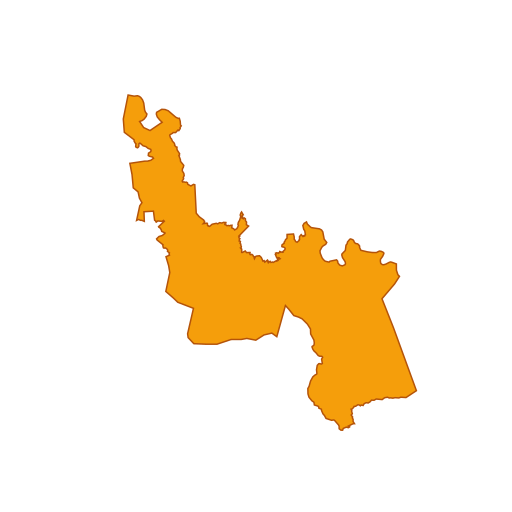 outline of Igualapa, Guerrero, Mexico, rotated 141°
{"feature_id": "50627088B45724771957529", "entity_name": "Igualapa", "entity_type": "district", "adm_level": 2, "iso_a3": "MEX", "parent_name": "Mexico", "parent_adm1": "Guerrero", "projection": "natural_earth1", "projection_center": [-98.499, 16.781], "detail": "fine", "context": "isolated", "style": "filled", "palette": "amber", "viewbox_px": 512, "rotation_deg": 141, "n_neighbors": 0, "source": "geoboundaries", "source_scale": "gbopen_adm2", "svg_char_len": 6111}
<svg xmlns="http://www.w3.org/2000/svg" viewBox="0 0 512 512"><g transform="rotate(141 256 256)"><path d="M254.1,461.6L272.9,446.0L280.5,435.0L277.6,423.1L278.5,421.8L278.9,418.9L278.7,418.7L280.7,416.7L280.7,415.8L279.9,414.6L278.7,414.7L278.1,414.9L276.2,417.0L275.3,416.9L275.0,416.3L274.4,412.7L272.7,410.3L272.1,407.5L270.7,405.1L271.1,404.1L272.2,403.3L274.8,403.6L276.5,401.9L276.1,400.6L274.1,398.0L274.2,396.4L277.5,396.6L280.6,398.0L282.7,399.7L295.7,407.4L301.1,397.3L308.5,386.2L307.3,380.0L310.2,374.3L311.1,369.2L314.7,368.2L326.4,358.8L324.8,358.5L324.1,358.1L323.4,356.5L322.3,355.6L321.0,353.2L315.2,360.9L307.5,355.4L312.3,347.6L311.9,346.3L312.3,345.6L312.2,345.1L310.2,345.0L307.3,342.1L305.5,341.9L305.4,340.7L313.3,340.1L313.4,339.5L312.9,338.2L313.1,336.2L313.8,334.4L312.2,331.3L312.5,330.9L315.9,330.9L319.1,332.2L322.5,331.9L322.8,330.7L321.2,323.2L321.8,322.8L322.8,320.8L322.6,320.1L321.2,319.1L320.8,317.4L320.9,316.1L321.9,315.3L321.3,312.9L322.2,312.4L322.7,311.1L326.4,312.1L330.0,303.4L333.4,297.4L348.4,285.2L346.7,275.6L345.9,269.2L337.5,254.7L358.1,238.6L360.1,235.3L359.5,227.0L350.1,218.7L341.8,212.0L327.9,206.8L320.1,200.5L315.0,197.7L309.1,190.7L299.4,189.6L292.2,186.1L290.6,180.2L264.3,199.0L264.0,194.1L264.1,185.9L261.4,181.8L259.7,178.1L258.9,170.7L259.6,165.0L262.6,161.0L263.9,154.2L265.3,151.9L266.7,150.5L267.6,150.2L269.3,150.4L269.7,150.1L270.5,147.7L270.7,145.6L270.3,143.2L270.3,139.5L269.7,138.2L268.0,136.7L267.8,135.9L268.0,135.3L269.9,134.6L272.1,130.7L273.4,131.0L274.1,132.2L275.0,132.8L277.2,132.5L280.6,129.5L282.5,126.5L283.2,126.0L285.3,126.4L287.9,126.3L292.3,124.5L296.8,121.3L299.1,120.4L302.4,116.1L303.7,112.9L303.7,108.3L303.0,105.9L304.4,103.5L302.4,100.5L302.2,99.5L302.9,98.1L301.6,95.8L302.3,94.7L303.3,91.2L303.2,88.9L303.8,85.7L300.7,80.8L298.7,79.6L298.4,78.8L298.2,72.7L298.5,71.5L300.1,69.4L299.6,67.2L298.3,66.1L296.7,67.1L293.6,66.2L292.2,64.4L290.8,64.3L291.2,65.7L286.3,64.6L285.0,63.7L284.7,66.3L283.3,68.0L283.0,69.6L282.2,70.1L282.1,72.5L280.4,72.8L279.5,75.0L278.9,75.4L278.5,77.1L277.5,76.6L275.0,77.0L274.5,77.4L273.1,76.5L270.6,76.3L270.1,75.9L269.6,75.4L269.2,73.9L268.1,74.0L266.8,72.4L265.3,73.1L263.4,72.9L262.4,72.4L261.4,71.2L259.1,70.9L257.0,71.3L255.0,69.6L252.6,69.2L248.3,65.0L245.2,64.9L242.7,63.5L241.8,61.8L240.7,61.1L239.1,59.4L237.1,58.4L234.3,55.8L232.3,55.1L228.5,51.6L216.1,50.4L194.4,113.5L185.0,143.5L165.8,147.1L157.3,149.9L157.5,152.2L155.8,156.6L151.9,161.5L154.4,165.7L155.2,166.7L156.4,167.2L160.3,168.0L162.4,168.9L163.3,169.9L163.7,171.8L162.4,174.0L161.3,175.1L157.9,176.0L155.1,177.4L154.7,178.2L154.9,179.1L155.8,180.9L157.0,182.2L160.2,182.9L163.4,185.5L166.8,189.1L170.9,194.4L170.2,197.3L169.2,198.6L169.3,199.7L169.1,200.1L169.4,201.5L170.8,203.2L170.9,205.0L170.4,206.5L170.5,207.7L171.7,209.7L172.6,210.0L176.1,209.3L177.4,208.2L179.2,207.8L183.1,204.1L187.9,203.5L188.7,202.8L189.8,200.3L190.3,195.4L191.4,193.6L192.4,193.2L195.2,194.0L196.7,196.3L196.7,199.1L195.8,200.6L195.8,202.3L201.8,205.4L203.1,205.3L205.5,208.4L205.9,210.7L205.8,213.1L204.3,217.8L203.0,219.8L199.3,221.4L197.4,221.6L194.5,221.2L192.5,222.0L192.4,226.2L188.9,232.7L188.7,235.0L189.6,237.2L195.0,243.1L195.4,244.1L196.0,248.5L195.3,250.7L198.1,251.1L200.4,250.2L202.1,246.8L202.3,244.8L204.3,241.3L206.1,241.7L206.0,241.1L207.3,241.6L207.4,244.2L210.0,243.7L211.8,241.4L212.2,241.5L212.5,241.0L215.4,240.8L216.1,242.3L215.7,243.9L215.8,244.9L214.3,246.8L213.0,249.5L218.3,253.2L220.7,250.3L222.8,250.1L224.2,249.3L225.5,249.0L226.2,248.1L228.5,248.4L229.1,248.0L229.9,247.2L229.9,246.6L229.0,245.7L228.5,244.5L228.5,243.6L229.6,242.7L232.5,242.5L232.6,242.0L233.3,242.3L234.7,244.6L235.3,244.2L235.3,243.8L236.6,244.3L237.0,244.1L237.7,245.4L239.0,245.9L239.5,244.8L240.0,245.0L241.0,241.6L240.7,241.0L239.9,240.9L239.2,240.1L239.5,239.9L239.0,238.7L239.5,238.7L241.1,240.3L241.6,238.7L242.9,239.5L243.2,239.0L244.0,239.7L246.7,240.2L246.9,240.9L248.5,241.6L248.4,243.0L250.7,243.0L250.4,244.1L249.8,244.2L249.6,245.6L253.0,245.7L252.6,247.3L253.8,247.6L252.8,251.6L253.1,254.0L255.6,255.6L256.7,255.9L258.9,254.9L258.6,255.8L257.8,256.3L258.2,257.7L257.9,258.4L258.2,259.9L259.4,260.4L259.7,260.9L259.3,261.9L258.6,262.1L258.4,262.5L261.2,264.6L261.2,266.7L264.4,267.3L264.9,267.8L263.0,270.0L263.0,271.7L262.5,271.3L262.2,272.1L261.4,272.6L261.2,273.6L260.3,274.9L260.5,275.8L259.0,277.1L259.6,278.3L259.0,278.5L258.6,279.3L257.6,279.6L257.8,280.9L257.0,281.7L256.3,281.7L256.6,282.3L242.9,283.9L243.8,286.4L242.0,288.3L242.0,290.0L240.8,291.6L241.3,293.3L242.4,292.9L243.0,294.4L241.9,295.0L241.9,295.9L240.5,296.0L240.1,296.8L239.9,296.6L239.5,299.3L240.8,298.9L242.5,297.8L243.1,296.2L246.3,294.1L248.5,293.3L250.2,291.9L250.4,290.9L251.9,290.0L253.8,289.3L256.2,289.7L256.2,291.1L257.1,293.2L255.3,295.0L256.2,295.7L257.8,296.3L258.1,297.0L259.6,297.9L259.7,299.0L260.4,299.9L260.4,300.2L259.5,300.8L258.5,300.6L258.3,301.0L260.1,302.6L261.8,303.1L263.3,304.8L265.5,305.1L266.3,306.4L267.9,307.2L270.1,308.3L273.4,308.2L274.2,309.2L274.0,309.4L274.4,310.2L273.3,311.9L273.4,312.4L276.6,314.3L274.8,314.6L274.1,315.4L274.3,316.1L274.0,316.8L275.4,322.2L275.5,326.9L258.7,349.9L259.5,351.0L262.5,351.4L263.9,354.6L263.2,356.0L263.6,357.2L264.5,357.7L265.4,359.0L266.4,359.6L266.2,360.7L263.6,361.6L263.1,362.8L261.2,363.7L260.1,365.6L259.7,368.6L258.1,370.2L256.9,370.5L255.1,371.9L255.1,377.0L254.1,378.5L252.7,382.6L251.9,382.6L251.6,383.3L251.0,383.6L250.6,387.7L250.1,389.0L248.9,390.3L249.5,391.2L249.6,393.2L248.9,393.9L248.5,395.4L248.7,397.8L248.0,400.2L248.1,401.6L247.2,404.0L246.5,404.4L243.5,403.9L242.7,404.1L240.8,402.5L237.3,403.0L237.1,402.0L234.7,402.7L234.2,403.6L232.2,404.2L232.3,405.2L230.1,408.4L228.9,411.3L229.9,412.0L231.0,414.3L232.8,424.1L234.5,427.1L236.9,429.3L242.8,430.2L244.1,429.1L245.2,426.3L245.2,422.6L244.8,419.0L259.4,420.2L262.5,426.5L261.8,433.8L259.3,432.9L256.7,432.8L253.4,433.6L251.4,435.0L251.4,437.1L250.8,439.3L247.0,445.5L245.9,448.8L245.8,451.7L246.2,453.4L247.2,455.1L250.1,456.9L254.1,461.6Z" fill="#f59e0b" stroke="#b45309" stroke-width="1.5"/></g></svg>